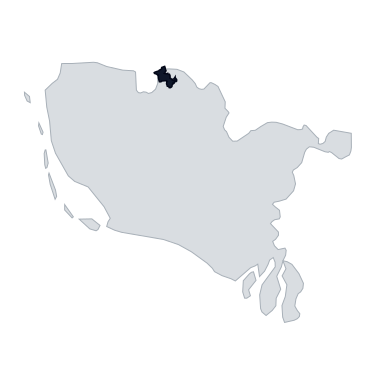 location of Dinkelland, Overijssel, Netherlands, rotated 267°
{"feature_id": "6326949B33383901322774", "entity_name": "Dinkelland", "entity_type": "district", "adm_level": 2, "iso_a3": "NLD", "parent_name": "Netherlands", "parent_adm1": "Overijssel", "projection": "orthographic", "projection_center": [6.904, 52.371], "detail": "fine", "context": "in_parent", "style": "filled", "palette": "ink", "viewbox_px": 384, "rotation_deg": 267, "n_neighbors": 0, "source": "geoboundaries", "source_scale": "gbopen_adm2", "svg_char_len": 5583}
<svg xmlns="http://www.w3.org/2000/svg" viewBox="0 0 384 384"><g transform="rotate(267 192 192)"><path d="M242.3,354.1L235.0,353.8L228.2,353.5L224.6,352.8L220.8,351.1L219.2,347.5L217.1,343.2L217.7,340.6L224.2,333.3L225.2,331.3L224.5,330.2L225.2,327.0L230.3,316.0L231.0,311.6L228.8,308.5L225.7,306.6L215.6,303.1L210.9,298.4L208.7,294.4L206.5,293.2L203.1,294.5L194.7,295.8L187.9,293.5L180.0,285.6L178.3,278.8L177.5,273.5L175.5,271.7L172.8,274.3L169.2,278.4L162.5,278.8L160.6,277.7L160.3,275.4L160.0,273.1L158.2,270.3L156.3,268.7L147.5,276.2L144.3,276.1L140.4,273.0L138.5,270.0L134.0,271.5L130.0,275.0L131.1,281.9L128.9,283.0L124.0,282.2L118.6,279.2L112.5,277.3L103.4,272.2L90.3,275.5L81.5,270.5L74.0,269.8L69.5,265.9L64.8,259.5L68.5,255.6L72.0,254.4L85.7,254.2L95.6,257.1L112.9,271.2L117.5,271.3L122.3,269.7L120.0,266.0L115.6,264.1L109.1,260.3L104.0,255.0L116.5,253.9L114.9,251.2L113.4,246.7L100.9,230.6L103.3,226.5L106.9,217.6L111.3,210.3L114.7,208.4L120.2,203.3L132.4,188.2L140.2,175.7L146.1,160.9L155.4,119.7L157.9,112.7L162.0,105.0L166.7,106.6L170.0,109.0L181.9,103.4L202.5,88.5L208.7,75.4L214.6,69.3L237.9,57.7L250.6,54.2L270.2,53.5L284.4,51.4L301.4,50.7L307.8,58.1L311.6,63.6L317.7,66.6L327.1,68.6L326.6,79.3L326.7,100.5L326.0,104.3L321.8,113.3L317.3,129.3L316.1,139.9L314.8,141.9L296.6,141.8L294.0,143.7L293.6,145.9L294.6,148.7L294.1,151.4L292.7,153.6L293.4,157.0L296.6,161.0L302.3,163.5L308.5,163.7L311.7,163.3L314.0,166.1L316.3,170.5L316.1,176.0L315.3,183.4L312.3,190.2L303.9,198.1L300.1,200.9L296.5,202.3L294.8,204.4L294.0,207.0L294.2,209.3L300.2,215.7L300.1,217.1L298.3,220.4L296.0,223.5L280.3,229.9L273.9,229.3L270.2,232.5L269.0,233.1L264.9,230.1L255.9,226.6L252.4,227.8L250.5,229.6L244.7,231.8L240.6,235.3L240.5,239.8L247.6,251.7L250.2,254.0L250.3,258.4L253.7,264.0L257.3,270.9L257.6,275.3L257.2,279.7L255.2,286.0L248.7,300.7L248.6,303.5L249.1,305.7L251.3,306.3L253.0,307.5L252.4,309.4L240.3,319.5L238.8,321.3L233.7,320.7L233.0,322.4L233.6,325.2L235.5,327.6L239.8,329.0L243.4,331.6L246.3,336.7L242.3,354.1ZM118.6,279.2L117.4,283.4L114.5,288.0L104.9,294.5L95.0,298.5L90.0,297.7L86.6,295.3L84.9,292.7L79.8,290.2L72.7,288.7L68.1,291.0L64.8,293.3L62.0,292.7L60.0,290.6L58.6,287.4L56.9,277.6L62.3,276.0L73.9,275.9L82.7,279.7L94.4,281.9L103.5,277.6L110.4,281.8L118.6,279.2ZM100.7,238.6L107.3,245.1L108.7,247.1L109.1,249.2L100.4,251.3L91.4,243.4L85.3,244.9L83.1,241.2L83.2,239.0L89.6,237.4L100.7,238.6ZM170.4,90.6L163.4,98.4L159.4,96.1L158.3,94.2L160.5,88.0L170.8,77.9L170.4,90.6ZM201.0,55.8L194.7,56.6L191.9,54.9L207.1,50.8L216.7,49.6L218.4,50.2L201.0,55.8ZM241.7,48.3L228.4,49.9L224.0,48.4L223.3,47.1L226.9,46.4L238.2,46.4L241.7,47.6L241.7,48.3ZM186.1,64.2L173.4,72.2L172.4,70.9L180.7,63.9L186.1,64.2ZM295.9,34.7L289.7,35.1L291.5,32.1L297.3,29.9L300.4,29.9L295.9,34.7ZM269.0,42.7L259.5,46.4L257.2,45.6L257.8,44.5L266.1,42.2L269.0,42.7Z" fill="#d9dde1" stroke="#a8b0b8" stroke-width="1"/><path d="M300.2,178.0L300.4,178.1L300.6,178.1L300.7,178.4L300.9,178.3L301.7,178.6L301.9,178.8L301.7,179.1L301.5,179.3L301.4,179.4L301.4,179.5L301.5,179.6L301.6,179.8L302.0,180.1L302.4,180.2L302.5,180.2L302.6,180.3L302.8,180.3L303.1,180.4L303.0,180.5L303.3,180.6L303.5,180.9L303.5,181.0L303.7,181.3L303.6,181.5L303.2,181.8L303.3,181.9L303.4,182.0L303.0,182.2L302.9,182.2L304.5,182.6L304.8,182.6L305.1,182.5L305.4,182.4L305.6,181.9L305.6,181.7L305.8,181.6L306.0,181.5L306.2,181.4L306.3,181.7L306.7,181.4L306.7,181.5L306.9,181.4L307.5,181.2L307.8,181.2L307.5,181.0L307.4,180.9L306.6,180.3L306.3,180.4L306.2,180.4L305.9,180.3L305.9,180.2L305.8,180.3L305.7,180.3L305.6,180.2L305.4,180.0L305.3,179.9L305.1,179.9L304.9,179.9L304.6,179.9L304.4,179.8L304.2,179.7L304.3,179.4L304.3,179.2L304.3,178.8L304.5,178.7L304.5,178.8L304.6,178.7L304.7,178.4L304.8,178.4L304.8,178.2L305.0,178.2L305.4,178.2L305.5,177.8L305.6,177.4L305.9,177.5L306.0,177.2L306.3,176.9L306.6,176.7L306.8,176.5L306.8,176.4L306.9,176.2L307.0,175.8L307.3,175.8L307.5,175.9L307.6,176.0L307.8,176.1L308.0,176.1L308.3,176.1L308.7,176.2L308.8,176.2L309.1,176.2L309.2,175.9L309.3,175.9L309.5,175.9L310.1,175.9L310.7,175.7L310.5,175.3L310.5,175.2L311.0,174.4L311.2,174.2L311.5,174.1L311.8,174.1L311.8,173.8L311.6,173.3L311.5,173.1L311.5,172.9L311.4,172.8L311.4,172.6L311.3,172.4L311.4,172.1L311.6,171.5L311.6,171.4L311.7,171.1L311.9,170.5L312.9,171.4L313.7,171.9L314.1,172.2L314.4,172.4L314.6,172.3L315.8,172.0L316.1,171.9L316.6,171.8L317.4,171.7L318.5,171.4L318.9,171.3L318.9,171.2L318.3,169.4L317.9,168.7L318.0,168.6L317.9,168.5L317.9,168.3L317.7,168.2L317.4,168.3L317.4,168.2L317.1,168.2L316.8,168.0L316.7,168.0L316.4,168.0L316.3,167.9L316.2,167.6L316.1,167.4L315.9,166.8L315.8,166.7L315.4,165.7L314.6,165.0L314.4,164.0L314.3,163.6L314.2,163.2L313.9,162.1L313.5,161.3L313.5,160.9L313.3,160.7L313.0,160.4L312.3,160.9L312.2,161.1L312.1,161.5L311.9,162.0L311.6,162.6L311.3,163.2L311.3,163.3L311.2,163.3L310.2,164.1L310.4,164.6L309.7,164.6L309.0,164.4L308.7,164.4L308.1,164.5L307.1,164.5L306.8,164.6L306.1,164.7L305.5,164.8L305.0,164.9L303.8,165.2L303.8,165.5L303.7,165.9L303.7,166.5L303.7,166.8L304.0,167.1L304.4,167.4L304.4,168.0L304.5,169.6L304.5,171.2L304.5,171.3L304.5,171.7L304.5,172.4L303.9,172.8L303.9,172.7L303.7,172.5L302.9,172.5L302.6,172.5L302.1,172.4L301.3,172.2L300.6,172.5L299.7,172.7L299.0,172.8L298.6,173.9L298.5,174.1L298.3,174.3L297.7,174.6L297.4,174.7L297.4,174.8L297.3,175.2L297.3,175.9L297.5,176.1L297.5,176.3L297.6,176.5L298.0,177.1L298.3,177.4L298.4,177.5L298.5,177.5L298.8,177.5L299.1,177.5L299.3,177.6L299.8,177.8L300.1,177.9L300.2,178.0L300.2,178.0Z" fill="#0f172a" stroke="#020617" stroke-width="1.5"/></g></svg>